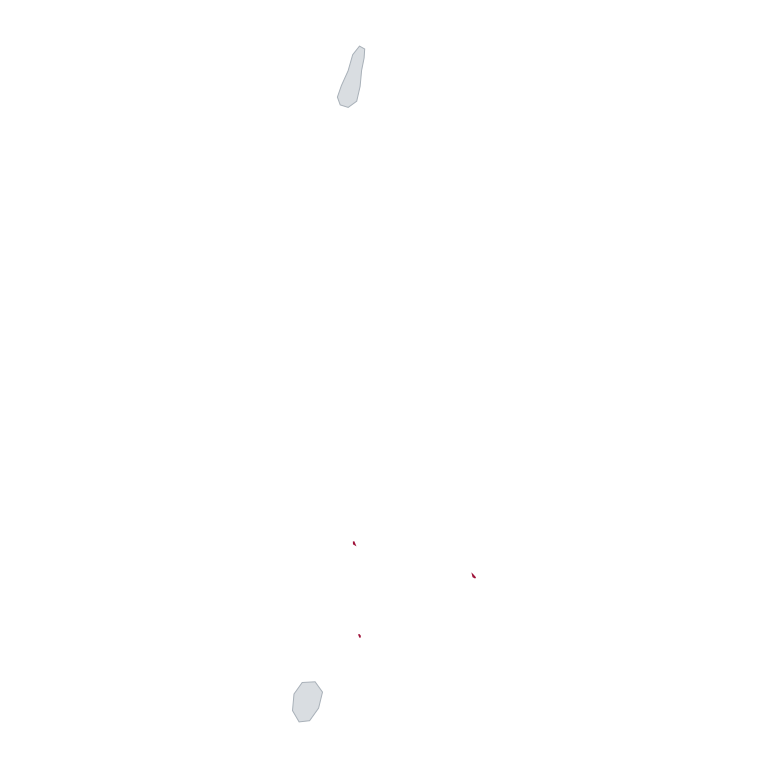 Vaavu highlighted on a map of Maldives
{"feature_id": "MDV-5235", "entity_name": "Vaavu", "entity_type": "Atoll", "adm_level": 1, "iso_a3": "MDV", "parent_name": "Maldives", "parent_adm1": "", "projection": "equal_earth", "projection_center": [73.599, 3.429], "detail": "fine", "context": "in_parent", "style": "filled", "palette": "rose", "viewbox_px": 768, "rotation_deg": 0, "n_neighbors": 0, "source": "natural_earth", "source_scale": "10m", "svg_char_len": 680}
<svg xmlns="http://www.w3.org/2000/svg" viewBox="0 0 768 768"><path d="M356.7,101.2L348.2,107.4L340.2,104.9L337.4,97.1L341.4,85.6L348.1,70.8L352.7,54.7L359.5,46.1L364.7,49.0L364.1,58.0L361.6,70.4L360.1,86.4L356.7,101.2ZM309.6,720.7L299.1,721.9L292.5,710.6L294.0,694.0L302.2,682.5L315.1,681.8L322.5,692.1L318.6,708.1L309.6,720.7Z" fill="#d9dde1" stroke="#a8b0b8" stroke-width="1"/><path d="M472.7,574.7L472.8,574.8L475.4,577.8L475.5,577.9L474.5,577.4L473.2,576.7L473.1,576.4L472.7,574.7ZM353.6,541.5L354.9,544.6L353.7,543.9L353.6,541.5ZM358.8,634.4L358.8,634.5L359.3,635.0L360.0,635.8L360.0,636.0L360.1,637.5L358.8,634.4Z" fill="#f43f5e" stroke="#9f1239" stroke-width="1.5"/></svg>